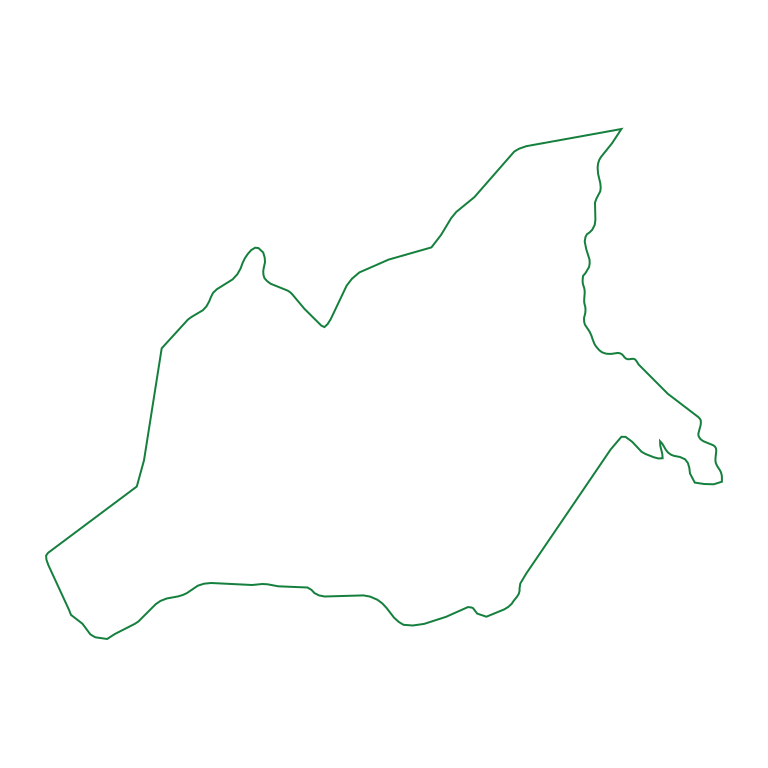 the Department of Caaguazú
{"feature_id": "PRY-617", "entity_name": "Caaguazú", "entity_type": "Department", "adm_level": 1, "iso_a3": "PRY", "parent_name": "Paraguay", "parent_adm1": "", "projection": "robinson", "projection_center": [-55.638, -25.106], "detail": "fine", "context": "isolated", "style": "outline", "palette": "green", "viewbox_px": 768, "rotation_deg": 0, "n_neighbors": 0, "source": "natural_earth", "source_scale": "10m", "svg_char_len": 2828}
<svg xmlns="http://www.w3.org/2000/svg" viewBox="0 0 768 768"><path d="M324.4,327.1L327.6,324.1L330.7,319.2L346.6,285.7L351.9,278.8L359.4,272.4L388.6,259.6L431.4,247.4L441.0,235.0L451.2,218.1L456.3,211.9L474.4,197.1L514.2,151.6L518.9,148.8L526.2,146.2L621.4,129.0L612.0,143.3L600.9,157.1L599.2,160.0L598.1,163.5L597.6,167.6L598.1,173.9L600.3,183.3L600.7,187.6L600.3,191.2L596.5,198.5L595.0,202.5L595.4,219.8L594.7,224.9L592.2,229.8L589.7,232.3L586.9,234.3L585.5,236.9L584.7,241.5L586.3,249.4L589.5,259.5L589.7,263.2L589.1,267.0L585.4,273.2L583.0,276.0L582.6,280.5L582.8,283.4L583.5,286.0L584.2,288.0L584.6,290.2L584.7,292.9L584.2,299.5L584.2,302.3L584.7,304.8L585.3,306.9L585.5,309.6L585.3,313.0L584.0,318.1L584.2,322.1L585.0,324.8L589.5,331.5L591.3,335.3L592.6,339.2L594.2,343.4L595.2,345.2L596.3,346.8L598.9,349.8L600.4,351.1L602.1,352.3L604.2,353.1L606.4,353.7L608.9,353.9L611.3,353.9L617.9,352.9L620.0,353.3L621.8,354.2L623.2,355.6L624.4,357.2L625.8,358.5L627.6,359.2L629.6,359.2L631.6,358.9L633.7,358.8L635.3,359.6L636.5,361.1L638.6,364.5L667.8,393.8L698.2,417.0L699.7,418.5L700.7,420.2L700.9,422.6L700.6,425.2L698.4,433.4L698.4,435.5L699.2,437.3L700.3,438.9L701.7,440.1L703.6,441.3L713.3,445.3L714.9,446.5L715.9,448.2L716.3,450.4L715.5,458.0L715.4,460.6L715.8,462.9L716.6,464.9L717.6,466.7L719.9,470.2L720.8,472.0L721.5,474.1L721.9,476.5L721.9,481.7L713.7,484.3L704.1,484.0L694.8,482.6L690.0,473.5L689.3,467.8L687.9,463.0L685.1,459.3L680.0,457.0L673.8,455.8L671.0,454.7L668.1,452.6L665.9,449.9L662.4,443.9L660.1,441.3L660.3,445.8L662.3,454.1L662.6,458.2L658.6,458.5L653.9,457.3L645.3,453.9L641.5,451.7L632.3,441.9L625.6,436.9L621.4,436.8L610.7,449.4L526.2,573.6L520.3,583.5L519.5,588.7L519.6,590.7L518.8,593.8L517.1,596.6L513.7,600.8L511.7,603.8L508.3,606.9L504.2,609.4L486.4,616.7L477.2,613.6L473.0,608.1L471.1,607.4L467.9,607.1L446.1,616.8L424.1,623.9L412.7,625.5L403.5,624.8L398.7,621.9L394.0,617.6L386.5,607.9L382.4,603.5L377.5,599.8L370.1,596.6L363.4,595.4L324.5,596.5L319.0,595.4L314.5,593.1L311.5,589.9L307.5,587.5L278.2,586.3L267.6,584.3L262.3,584.0L252.1,585.0L211.2,583.0L204.0,583.7L197.8,585.7L186.9,593.1L182.8,595.0L178.1,596.4L166.7,598.5L160.5,600.9L155.7,604.2L138.5,621.4L134.9,623.8L115.0,633.9L107.1,639.0L95.5,637.3L93.3,636.2L90.3,634.3L82.4,623.7L71.0,614.9L69.7,611.7L69.4,610.7L48.3,565.0L46.4,559.6L46.1,555.6L48.1,552.8L136.8,486.5L144.0,460.3L161.7,348.3L188.0,319.5L191.9,316.7L202.9,310.2L206.5,306.3L209.2,301.4L210.9,297.1L213.1,292.8L216.9,289.2L232.6,279.4L237.3,274.3L240.6,268.5L242.4,263.4L244.9,258.2L247.9,253.8L251.3,250.0L255.2,247.7L258.5,248.1L263.2,252.5L264.7,257.6L265.0,262.2L263.6,268.6L263.2,271.7L263.5,275.2L264.5,278.2L267.1,281.1L270.7,283.8L287.4,290.5L289.7,291.9L292.0,294.0L304.4,308.8L321.3,325.6L324.4,327.1Z" fill="none" stroke="#15803d" stroke-width="2"/></svg>